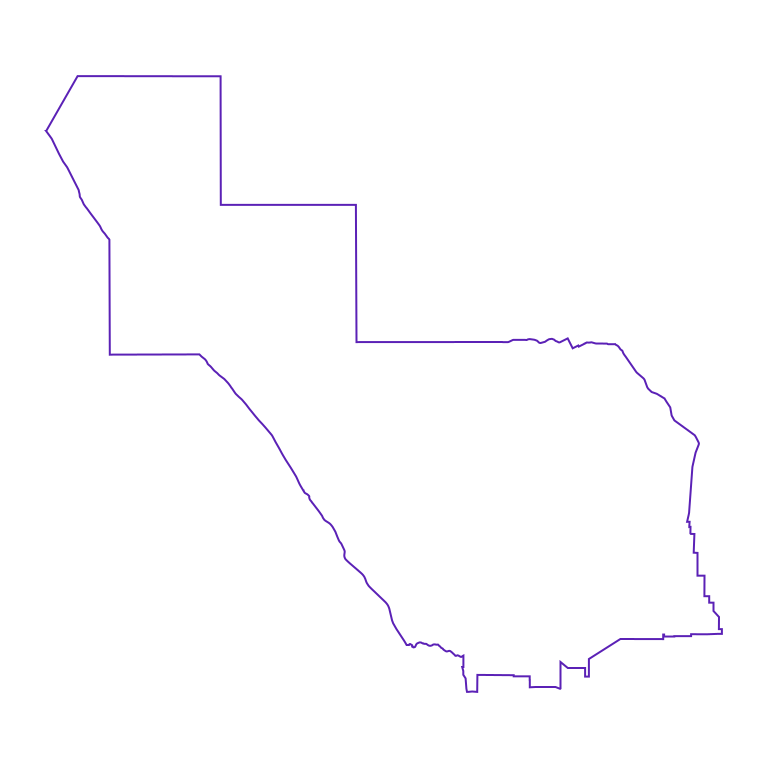 outline of Wandering, Western Australia, Australia
{"feature_id": "25037944B32288278809201", "entity_name": "Wandering", "entity_type": "district", "adm_level": 2, "iso_a3": "AUS", "parent_name": "Australia", "parent_adm1": "Western Australia", "projection": "albers", "projection_center": [116.618, -32.526], "detail": "fine", "context": "isolated", "style": "outline", "palette": "violet", "viewbox_px": 768, "rotation_deg": 0, "n_neighbors": 0, "source": "geoboundaries", "source_scale": "gbopen_adm2", "svg_char_len": 5936}
<svg xmlns="http://www.w3.org/2000/svg" viewBox="0 0 768 768"><path d="M46.1,131.0L51.3,138.1L51.6,138.6L52.0,139.2L52.3,139.9L59.0,153.8L63.0,161.4L63.6,162.3L67.1,167.2L68.1,169.1L74.1,181.0L78.5,189.7L78.7,190.2L78.8,190.6L78.9,191.3L79.6,194.1L79.8,196.4L80.0,197.1L80.2,197.4L80.5,197.9L81.8,199.8L82.9,202.3L83.6,203.9L84.0,204.6L86.1,207.5L86.6,208.0L90.6,213.5L97.3,222.4L99.7,225.7L100.4,227.0L101.5,229.4L102.3,230.7L102.8,231.4L104.9,233.8L107.6,237.6L108.2,238.2L109.0,239.0L109.4,239.7L109.8,354.7L113.5,354.6L124.0,354.6L199.4,354.4L201.6,356.6L204.9,359.2L205.7,360.1L206.4,361.1L206.8,361.8L207.5,363.3L207.6,363.7L208.1,364.3L208.4,364.6L210.2,366.1L210.9,366.8L213.7,370.1L214.0,370.4L214.5,370.9L217.3,373.2L218.8,374.8L219.6,375.5L223.5,378.4L224.3,379.0L228.1,383.1L228.9,384.1L230.5,386.3L231.3,387.6L232.0,388.4L234.9,392.7L235.5,393.5L235.9,394.0L239.0,397.0L241.3,399.0L242.1,399.8L246.1,404.5L249.5,409.0L255.1,415.9L258.8,420.3L262.2,423.9L265.4,427.5L271.8,435.1L272.3,435.9L272.7,436.6L275.6,442.1L279.1,448.2L281.9,453.4L283.1,455.5L285.7,459.9L290.1,466.7L291.0,468.1L296.1,476.5L297.0,478.4L299.1,483.1L299.6,484.1L300.4,485.6L301.7,487.8L303.3,490.5L303.4,490.3L303.5,490.3L303.6,490.7L303.7,490.9L304.2,491.9L304.5,492.5L305.1,493.1L307.3,494.3L308.0,494.9L309.1,496.0L309.2,496.3L309.3,496.6L309.2,497.6L309.3,497.9L309.7,499.2L309.9,499.6L310.4,500.3L311.6,501.7L311.9,502.2L311.9,502.4L312.5,503.0L312.9,503.5L318.9,511.3L322.0,515.7L322.2,516.1L322.9,517.7L323.2,518.2L323.6,518.8L324.0,519.3L324.3,519.8L325.0,520.4L325.8,521.0L328.7,522.8L329.9,523.7L330.7,524.5L331.4,525.3L332.6,526.9L334.5,530.2L335.4,531.8L337.3,536.7L338.7,540.0L339.3,541.2L339.8,541.9L340.7,542.9L341.1,543.4L341.5,544.1L343.4,548.1L344.2,549.8L344.5,550.6L344.6,551.0L344.7,551.8L344.6,552.7L344.3,555.0L344.3,556.0L344.4,556.5L344.5,557.0L344.8,557.9L345.3,558.8L345.5,559.2L347.5,561.2L349.8,563.3L360.8,572.8L362.0,573.9L363.1,575.1L364.1,576.5L364.5,577.2L364.8,577.9L365.2,578.7L366.2,581.6L366.7,582.8L367.3,583.8L367.7,584.4L368.6,585.8L369.7,587.0L371.7,589.0L385.5,602.2L386.2,603.0L387.3,604.4L388.1,605.7L388.5,606.6L388.8,607.3L389.3,608.7L391.9,619.7L392.1,620.5L392.6,621.8L392.9,622.6L393.1,623.2L395.2,626.9L396.6,629.3L404.1,640.7L405.2,642.5L406.6,645.0L409.0,645.0L409.2,644.5L409.4,644.3L409.9,644.0L410.1,644.0L410.7,644.3L411.1,644.6L411.4,644.9L411.6,645.0L412.0,645.1L412.1,645.3L412.3,645.5L412.3,645.9L412.1,646.3L412.1,646.5L412.3,646.8L412.7,646.8L412.9,646.8L413.1,646.9L413.3,647.3L413.6,647.4L414.1,647.3L414.6,647.1L414.9,647.0L415.1,646.8L415.3,646.5L416.1,644.7L416.3,644.3L416.9,643.7L417.1,643.5L417.4,643.3L419.3,642.5L419.7,642.4L420.0,642.4L420.8,642.5L421.0,642.5L422.7,643.4L423.0,643.5L423.4,643.4L423.5,643.4L423.8,643.7L424.1,643.8L425.2,643.9L425.9,643.8L426.2,643.9L426.5,644.0L427.9,645.1L428.4,645.3L428.9,645.6L429.9,645.8L430.3,645.8L431.0,645.7L432.1,645.3L432.3,645.2L432.7,644.9L433.1,644.6L433.5,644.5L434.1,644.4L435.0,644.4L436.3,644.7L436.9,644.7L437.2,644.7L437.5,644.6L437.8,644.6L438.0,644.6L438.6,645.2L438.7,645.3L439.1,645.8L440.0,646.4L441.1,647.7L441.5,648.0L442.0,648.2L442.7,648.6L442.9,648.8L443.0,649.1L443.4,649.5L444.0,650.0L445.2,650.8L445.5,651.0L446.3,651.4L446.7,651.4L447.1,651.4L447.6,651.3L448.6,651.0L449.0,650.9L449.6,650.9L450.0,651.0L450.3,651.1L451.1,651.7L452.2,652.6L452.5,652.9L453.3,653.7L453.9,654.2L455.0,655.3L455.2,655.5L455.4,655.8L455.8,655.8L456.2,655.8L457.2,655.4L457.6,655.3L458.2,655.5L458.7,655.7L460.0,656.5L460.8,656.8L461.0,656.9L461.6,656.8L462.4,656.2L463.0,655.8L463.4,655.6L463.4,659.8L463.4,667.0L462.2,667.0L463.3,671.0L463.3,674.8L465.6,678.4L466.4,688.7L467.0,691.9L468.0,691.9L472.2,691.5L477.2,691.9L477.4,674.9L513.7,675.2L513.7,676.3L529.7,676.3L529.7,680.0L529.8,680.0L529.8,687.3L535.5,687.0L555.5,687.0L560.1,688.8L560.5,688.5L560.5,662.0L567.8,668.0L585.1,668.0L585.1,676.6L588.9,676.6L588.9,659.0L620.4,639.0L663.2,639.1L663.2,634.5L664.1,634.5L664.1,636.5L674.3,636.5L674.3,636.1L691.1,636.1L691.1,634.2L706.5,634.3L717.0,633.9L721.9,633.9L721.9,629.1L718.9,629.1L719.0,617.0L713.5,611.0L713.5,602.7L709.2,602.7L709.2,596.2L704.4,596.2L704.5,575.7L697.5,575.7L697.5,552.9L693.7,552.7L694.4,534.0L690.8,533.9L690.4,533.4L690.5,527.2L690.5,526.8L689.6,526.8L689.3,526.9L689.3,525.9L689.6,521.8L687.1,521.8L688.7,514.8L689.1,512.7L689.2,511.2L692.4,467.1L692.5,466.5L695.6,452.6L698.6,444.9L698.8,444.2L698.9,443.9L698.9,443.4L698.8,443.2L698.7,442.6L695.9,437.1L695.1,435.8L694.7,435.2L694.4,435.0L675.6,421.3L674.9,420.8L674.5,420.4L674.3,420.3L674.1,419.9L671.9,416.0L671.7,415.5L671.6,415.3L670.3,407.7L670.2,407.3L669.8,406.7L666.4,401.6L664.8,399.0L664.5,398.4L664.2,398.3L656.8,393.8L651.6,392.0L648.1,388.6L647.7,387.9L647.4,387.5L647.2,387.1L644.7,380.2L644.5,379.7L644.1,379.1L643.6,378.5L643.2,378.1L637.1,372.9L636.6,372.4L636.1,371.8L625.7,356.7L624.5,355.1L623.4,353.4L622.3,350.7L620.5,349.4L618.7,346.8L618.2,346.3L617.7,345.8L617.2,345.5L615.9,344.8L615.5,344.5L615.1,344.1L614.9,344.2L614.2,344.2L608.3,344.2L607.8,344.1L607.3,343.8L607.0,343.6L606.7,343.6L596.2,343.5L595.4,343.4L591.5,342.3L591.0,342.3L590.4,342.5L588.7,342.6L586.7,342.5L584.9,343.4L585.0,343.5L578.8,346.6L578.3,345.5L572.7,348.3L567.7,338.4L559.9,342.3L559.5,342.4L559.2,342.4L558.9,342.4L558.6,342.3L557.3,341.6L556.0,341.1L555.7,341.0L554.6,340.1L554.2,339.7L553.7,339.5L552.4,339.0L552.1,338.9L551.7,338.9L551.4,338.9L549.2,339.2L548.7,339.4L547.0,340.4L545.0,341.8L541.0,342.9L540.4,343.0L539.8,342.9L539.2,342.7L538.7,342.3L537.6,341.2L537.0,340.7L534.9,339.9L534.1,339.7L529.7,339.1L529.0,339.2L528.3,339.3L527.9,339.4L527.1,339.8L526.7,340.0L525.2,339.9L515.8,339.9L515.4,339.9L513.2,339.9L512.8,340.0L508.8,341.9L508.4,342.0L508.1,342.1L502.7,342.1L502.4,342.0L356.5,342.1L355.9,204.9L220.8,204.9L220.6,89.4L220.6,76.3L77.6,76.1L46.2,131.0L46.1,131.0Z" fill="none" stroke="#5b21b6" stroke-width="2"/></svg>